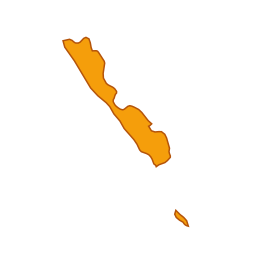 Rennell and Bellona, Albers equal-area conic projection, rotated 203°
{"feature_id": "SLB-1261", "entity_name": "Rennell and Bellona", "entity_type": "Province", "adm_level": 1, "iso_a3": "SLB", "parent_name": "Solomon Islands", "parent_adm1": "", "projection": "albers", "projection_center": [160.182, -11.564], "detail": "fine", "context": "isolated", "style": "filled", "palette": "amber", "viewbox_px": 256, "rotation_deg": 203, "n_neighbors": 0, "source": "natural_earth", "source_scale": "10m", "svg_char_len": 1290}
<svg xmlns="http://www.w3.org/2000/svg" viewBox="0 0 256 256"><g transform="rotate(203 128 128)"><path d="M203.6,168.9L217.8,177.7L221.9,182.9L216.5,186.8L213.7,186.8L211.6,186.1L209.6,185.7L206.9,186.8L205.6,188.4L203.8,193.2L202.1,195.0L198.8,194.8L196.0,191.7L193.4,187.7L191.0,185.1L187.4,186.7L186.1,186.8L184.7,186.1L176.0,180.2L174.8,178.6L172.2,168.5L170.1,164.3L165.4,160.6L163.0,159.9L158.0,159.6L155.7,159.0L152.8,157.2L152.2,155.7L152.7,154.2L152.7,152.4L152.4,150.1L152.6,148.2L151.9,146.4L149.3,144.3L147.4,143.4L144.9,142.7L142.3,142.3L139.9,142.7L138.8,143.8L136.6,147.9L135.1,149.2L133.0,149.6L130.3,149.6L125.4,149.2L121.4,147.7L112.4,142.7L107.8,141.1L108.9,138.6L109.7,137.7L105.4,134.6L101.6,134.9L98.4,136.6L95.8,137.7L91.7,136.6L88.6,133.9L81.9,125.6L81.0,122.2L79.8,120.6L78.1,118.8L77.6,117.5L79.0,113.4L80.5,110.6L85.2,106.2L86.9,103.4L87.7,104.3L88.5,104.7L89.3,104.8L90.2,105.1L93.6,108.7L95.9,110.4L98.4,111.5L100.9,111.7L106.5,111.4L108.7,112.4L113.4,116.6L118.2,119.7L131.3,126.0L138.2,131.3L146.4,135.4L153.2,140.6L158.0,142.8L168.4,145.9L178.0,150.2L203.6,168.9ZM40.5,62.8L44.6,63.3L48.6,64.5L51.3,66.9L51.8,70.9L46.4,68.7L41.9,67.5L37.8,65.6L34.1,61.2L36.0,61.0L37.5,61.2L39.0,61.8L40.5,62.8Z" fill="#f59e0b" stroke="#b45309" stroke-width="1.5"/></g></svg>